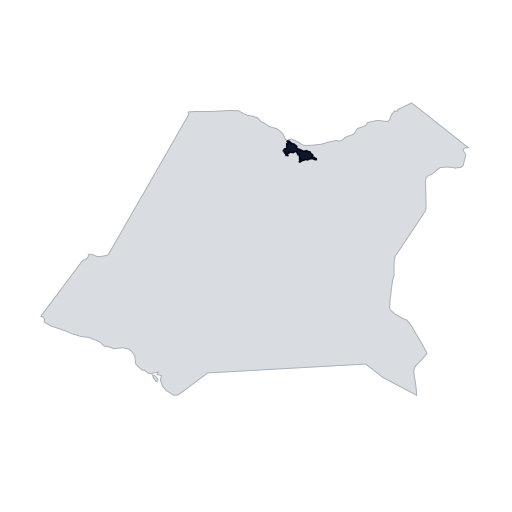 location of Kapenguria, Rift Valley, Kenya, rotated 87°
{"feature_id": "3690345B82211082616386", "entity_name": "Kapenguria", "entity_type": "district", "adm_level": 2, "iso_a3": "KEN", "parent_name": "Kenya", "parent_adm1": "Rift Valley", "projection": "natural_earth1", "projection_center": [35.164, 1.55], "detail": "fine", "context": "in_parent", "style": "filled", "palette": "ink", "viewbox_px": 512, "rotation_deg": 87, "n_neighbors": 0, "source": "geoboundaries", "source_scale": "gbopen_adm2", "svg_char_len": 7095}
<svg xmlns="http://www.w3.org/2000/svg" viewBox="0 0 512 512"><g transform="rotate(87 256 256)"><path d="M108.6,316.0L108.5,308.7L109.4,290.1L109.3,273.8L110.1,265.7L113.5,260.5L115.2,256.8L116.3,251.5L118.1,247.2L122.3,243.8L123.0,241.8L127.4,236.0L130.0,228.5L132.0,226.0L134.4,223.6L136.2,222.4L139.0,221.2L141.3,220.5L141.7,219.9L141.9,218.7L141.1,214.0L142.1,212.5L143.6,209.4L145.4,206.5L147.0,204.7L147.9,202.8L148.3,199.6L148.3,197.2L148.3,193.5L147.8,184.9L146.0,177.7L144.8,169.7L145.7,167.0L144.2,162.3L143.5,162.1L142.3,161.0L140.8,156.6L139.6,152.6L138.9,151.5L134.0,148.0L131.5,139.6L128.7,137.8L127.2,129.5L127.0,127.1L128.5,118.8L128.4,116.9L126.7,115.2L122.1,113.4L118.3,110.0L118.8,108.8L119.1,107.6L117.1,106.7L111.3,92.6L118.7,84.1L126.3,75.4L135.9,64.5L144.7,54.5L152.3,45.9L159.1,38.1L158.9,39.6L158.9,41.6L159.8,42.8L161.2,43.6L163.1,42.7L164.8,41.5L166.5,41.3L176.7,44.5L178.4,47.3L178.3,50.3L178.7,52.5L177.9,54.7L177.1,61.3L177.3,67.4L180.4,71.9L183.1,75.5L185.3,80.4L186.9,82.0L189.1,82.8L196.1,83.0L206.5,83.3L216.5,83.6L217.4,83.7L219.6,84.4L228.8,91.1L237.2,97.3L244.3,102.6L251.2,107.8L258.0,112.8L263.2,117.0L268.3,118.3L276.7,118.9L282.5,119.1L287.8,120.9L295.8,122.5L301.7,123.4L305.3,124.3L315.3,125.3L316.9,124.7L321.3,120.1L326.2,112.5L328.1,108.4L334.4,104.2L345.6,98.5L353.4,94.4L362.2,90.3L366.1,93.9L371.6,99.5L374.1,102.3L376.1,103.6L379.0,104.4L382.6,104.4L384.6,104.3L388.7,103.6L398.1,102.9L403.5,102.9L399.0,110.5L393.6,119.5L383.5,136.2L375.9,144.9L370.2,151.5L369.6,152.7L369.7,160.1L369.7,178.1L369.9,214.2L370.0,250.2L370.2,286.3L370.2,304.3L370.2,310.3L375.3,317.9L380.2,325.3L386.8,335.1L390.3,340.4L390.9,342.1L390.7,345.6L385.3,353.0L380.9,356.3L374.9,357.9L373.1,357.6L370.8,356.6L369.9,358.3L369.2,361.1L367.9,360.5L366.9,359.7L367.5,364.6L368.1,367.0L367.2,370.2L364.3,373.1L364.1,375.5L357.8,381.7L348.9,382.4L344.3,385.6L342.2,388.1L340.6,393.7L341.2,402.3L338.7,408.9L338.2,412.2L333.6,416.5L331.6,420.4L330.1,424.4L328.8,426.1L327.2,435.1L325.1,440.5L324.5,442.3L324.0,443.9L322.3,447.1L321.3,449.3L320.5,450.8L315.1,464.7L310.8,471.0L307.5,470.3L305.3,472.7L305.1,473.9L303.9,473.2L301.2,470.9L295.5,466.2L289.9,461.5L284.2,456.7L278.5,452.0L272.9,447.3L267.2,442.5L261.5,437.8L255.9,433.1L252.5,430.3L251.1,428.7L249.9,425.4L249.3,424.6L247.8,423.6L246.1,423.3L245.5,422.7L245.6,421.1L246.2,418.9L248.3,414.5L248.5,412.0L248.1,409.1L247.4,404.4L246.9,403.4L243.1,401.0L235.2,395.9L227.4,390.8L219.5,385.7L211.6,380.6L203.7,375.5L195.8,370.4L188.0,365.3L180.1,360.2L172.2,355.1L164.3,350.1L156.5,345.0L148.6,339.9L140.7,334.8L132.8,329.7L124.9,324.6L117.0,319.5L114.1,317.6L111.4,316.0L108.6,316.0ZM370.8,365.4L369.4,365.8L370.1,363.4L374.2,360.2L375.8,360.9L376.1,361.7L376.0,362.3L375.3,363.0L370.8,365.4Z" fill="#d9dde1" stroke="#a8b0b8" stroke-width="1"/><path d="M153.8,222.4L156.2,220.8L156.8,220.3L157.1,220.5L157.1,220.3L157.0,219.8L157.2,219.7L157.3,219.2L157.5,219.0L158.1,218.8L157.9,218.8L157.6,218.8L157.2,219.0L156.8,219.2L156.4,219.3L156.2,219.2L155.8,219.2L155.7,219.3L155.2,219.2L154.9,219.0L154.6,218.8L154.4,218.6L154.5,218.6L154.9,218.1L155.0,218.0L155.1,217.9L154.9,217.6L154.7,217.3L154.4,217.1L154.2,216.9L154.1,216.7L154.0,216.3L154.1,216.2L154.0,215.8L154.2,215.7L154.4,215.5L154.3,215.4L154.2,215.1L154.0,214.5L154.2,214.4L154.3,214.3L154.5,214.3L154.6,214.1L154.6,213.8L154.6,213.7L154.6,213.4L154.5,213.2L154.4,212.9L154.5,212.8L154.4,212.7L154.2,212.5L153.9,212.4L153.7,211.6L153.7,211.4L153.7,211.1L153.9,210.8L153.8,210.5L153.8,210.4L154.0,210.3L153.9,209.8L154.0,209.6L154.2,209.8L154.4,209.8L154.5,209.7L154.9,209.4L155.1,209.4L155.2,209.5L155.4,209.5L155.6,209.5L156.7,208.9L156.3,208.7L156.3,208.4L156.6,208.2L156.8,208.0L157.0,207.8L157.3,207.6L157.4,207.4L157.4,207.2L157.5,207.1L157.9,207.2L158.1,207.5L158.3,207.5L158.7,207.5L159.4,207.3L160.1,207.2L160.3,207.2L160.5,207.4L160.7,207.2L160.8,207.1L161.0,207.1L161.3,207.2L161.4,206.9L161.6,207.0L161.6,206.9L161.7,207.0L161.8,207.0L161.8,206.8L162.0,206.7L162.0,206.8L162.1,206.7L162.2,206.4L162.3,206.6L162.5,206.6L162.6,206.9L162.6,207.0L162.9,206.9L163.0,207.0L163.0,206.9L163.1,207.0L163.3,207.0L163.5,207.0L163.4,207.2L163.5,207.3L163.8,207.3L164.0,207.3L164.3,207.7L164.5,207.5L164.4,207.3L164.4,207.1L164.4,206.9L164.2,206.8L164.1,206.7L163.9,206.5L163.9,206.3L163.9,206.2L163.7,206.0L163.6,205.9L163.5,205.6L163.3,205.2L163.2,205.1L163.3,204.8L163.0,204.0L162.9,203.7L162.9,203.0L162.2,202.5L162.2,201.9L162.7,199.5L162.7,199.3L162.6,199.2L162.5,198.8L162.4,198.7L162.4,198.4L162.3,198.1L162.2,198.0L162.0,197.9L161.9,197.8L161.8,197.4L161.7,196.9L161.8,196.6L161.7,195.9L161.8,195.4L161.7,195.2L161.6,194.9L161.8,194.7L161.9,194.0L162.4,192.9L162.9,192.2L162.9,191.8L162.9,191.7L163.0,191.4L163.0,191.1L162.9,190.9L162.9,190.7L162.4,190.7L162.2,190.7L162.2,190.9L162.0,191.0L161.9,191.0L161.7,191.0L161.5,191.3L161.5,191.6L161.4,191.8L161.3,192.0L161.2,192.2L161.0,192.4L160.6,192.6L160.5,193.1L160.4,193.8L160.5,193.9L160.5,194.3L160.4,194.7L160.4,194.9L160.3,195.1L159.9,195.1L159.8,194.9L159.5,194.9L158.9,194.5L158.8,194.3L158.9,194.2L158.7,194.0L158.3,194.0L158.1,194.1L157.8,194.3L157.7,194.6L157.3,194.8L157.3,195.1L157.2,195.1L157.1,195.3L157.0,195.7L156.9,195.9L156.5,196.0L156.3,196.0L156.2,196.1L155.9,196.1L155.6,196.2L155.4,196.4L155.0,196.5L154.9,197.0L154.7,197.3L154.7,197.5L154.6,197.8L154.5,198.0L154.4,198.3L154.4,198.5L154.2,198.8L154.3,199.0L154.2,199.4L153.9,199.5L153.7,199.7L153.5,199.8L153.4,200.1L153.6,200.3L153.6,200.6L153.6,200.9L153.6,201.0L153.7,201.4L153.7,201.5L153.9,201.8L154.0,201.9L153.9,202.2L153.9,202.3L154.0,202.4L154.0,202.5L153.9,203.0L154.0,203.0L154.0,203.6L153.9,203.7L153.8,203.8L153.6,204.0L153.4,204.0L153.3,204.3L153.3,204.5L153.1,204.5L152.9,204.9L153.0,205.1L152.8,205.2L152.8,205.3L152.7,205.4L152.6,205.5L152.4,205.7L152.4,206.5L152.2,206.8L152.2,207.0L152.1,207.3L151.8,207.2L151.8,207.5L151.7,207.6L151.6,207.9L151.7,208.0L151.4,208.3L151.5,208.4L151.5,208.6L151.3,208.7L151.3,208.9L151.2,208.9L151.2,209.0L150.8,209.3L150.6,209.6L150.1,209.7L150.0,209.8L149.9,209.8L149.5,209.7L149.3,209.8L149.3,209.7L149.2,209.7L149.2,209.8L148.9,209.7L148.8,209.8L148.7,209.7L148.6,209.8L148.5,209.7L148.3,209.9L148.2,210.3L147.7,210.4L147.5,210.6L147.5,210.8L147.4,211.1L147.3,211.3L147.3,211.7L147.2,211.8L146.9,211.9L146.9,212.1L146.7,212.3L146.6,212.2L146.5,212.5L146.4,212.6L146.3,212.8L146.1,212.7L146.1,212.9L146.0,213.0L145.9,213.6L146.0,213.6L145.9,213.8L145.9,214.1L145.7,214.3L145.5,214.5L145.3,214.5L145.2,214.7L145.2,214.8L145.0,215.0L145.0,214.9L144.9,215.2L144.7,215.3L144.5,215.6L144.5,215.8L144.5,216.0L144.3,216.1L144.1,216.3L144.2,216.7L144.1,216.8L143.9,216.8L143.8,217.0L143.7,216.9L143.7,217.1L143.2,217.1L142.8,217.2L142.8,218.0L142.8,218.5L142.9,218.8L142.5,219.1L145.7,218.2L145.6,219.5L146.9,219.5L148.0,219.7L148.9,219.2L149.6,219.4L150.1,220.3L150.8,221.1L150.5,221.6L150.7,221.8L150.7,222.0L150.9,222.0L151.4,222.6L151.6,222.6L151.9,222.7L152.1,222.9L152.3,223.1L152.4,222.5L153.5,222.3L153.8,222.4Z" fill="#0f172a" stroke="#020617" stroke-width="1.5"/></g></svg>